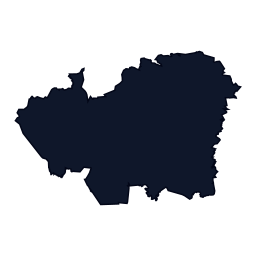 outline of Chilpancingo de los Bravo, Guerrero, Mexico
{"feature_id": "50627088B70849430665629", "entity_name": "Chilpancingo de los Bravo", "entity_type": "district", "adm_level": 2, "iso_a3": "MEX", "parent_name": "Mexico", "parent_adm1": "Guerrero", "projection": "mercator", "projection_center": [-99.694, 17.392], "detail": "fine", "context": "isolated", "style": "filled", "palette": "ink", "viewbox_px": 256, "rotation_deg": 0, "n_neighbors": 0, "source": "geoboundaries", "source_scale": "gbopen_adm2", "svg_char_len": 5736}
<svg xmlns="http://www.w3.org/2000/svg" viewBox="0 0 256 256"><path d="M214.0,57.9L203.7,54.9L202.3,52.5L199.4,51.5L196.8,52.3L196.5,52.0L195.9,52.4L196.0,52.6L195.2,52.8L185.5,54.5L177.4,53.5L180.0,54.7L180.0,55.8L178.6,55.4L177.6,53.8L177.1,53.6L173.4,54.5L171.9,53.6L170.9,53.8L170.6,54.6L171.8,56.1L171.5,56.4L170.7,56.6L168.1,55.6L163.3,56.0L161.1,54.8L158.4,55.5L155.3,59.5L156.4,59.6L156.5,59.8L157.1,59.9L157.6,62.0L161.3,64.3L161.6,66.0L160.4,65.5L159.0,65.5L157.6,64.5L156.5,64.5L154.7,63.2L151.8,63.0L151.1,62.2L151.1,60.7L150.7,60.6L150.5,59.9L149.5,60.0L145.0,58.8L144.2,58.1L141.1,58.6L140.6,60.1L141.0,62.4L140.2,64.6L140.3,65.6L140.8,66.4L139.8,66.8L139.6,67.6L139.1,68.3L139.1,69.2L139.4,70.0L136.3,68.9L134.6,67.8L131.7,67.0L131.0,67.6L130.3,67.4L129.8,67.6L129.8,68.6L128.7,69.1L126.3,68.8L126.1,69.1L125.5,69.0L125.2,69.5L123.7,70.3L121.8,74.6L122.3,77.6L122.4,81.1L119.9,83.5L115.5,86.3L114.8,90.3L104.3,94.6L105.7,96.6L97.9,97.2L97.9,97.9L97.5,98.3L93.4,98.2L93.4,98.9L92.5,99.2L90.5,96.5L87.9,101.5L86.8,94.6L86.0,92.6L84.9,91.0L81.1,87.3L83.6,79.8L82.1,71.9L83.7,70.4L83.9,68.5L82.0,69.3L79.8,73.0L76.8,74.0L69.6,74.1L70.0,74.7L69.8,75.3L69.0,75.5L68.6,76.3L69.8,77.2L70.5,77.1L70.7,77.3L70.3,77.9L70.9,78.2L71.0,78.6L71.6,78.7L72.4,79.4L72.2,79.9L72.5,80.6L71.9,80.8L73.5,82.9L73.4,83.9L73.0,83.5L72.9,84.9L72.3,85.3L72.1,87.5L71.9,87.5L72.0,86.9L71.9,86.8L71.8,88.7L70.7,88.4L68.3,88.3L67.3,89.2L64.6,90.1L63.0,89.2L62.9,88.7L62.6,88.6L61.4,89.2L59.5,89.2L59.1,90.0L58.3,89.2L56.9,89.3L56.4,88.1L54.4,88.0L52.8,88.8L51.7,89.7L47.4,97.7L46.4,97.6L45.7,97.0L45.3,97.0L43.6,98.8L39.9,97.8L37.5,96.8L37.0,97.1L36.3,97.1L35.5,98.4L33.2,97.8L32.4,96.5L32.0,96.4L30.9,97.6L30.7,98.5L30.1,98.7L29.8,99.2L29.2,99.2L27.8,106.2L27.6,106.2L26.8,107.4L25.1,108.5L24.3,109.4L18.9,109.4L17.2,112.8L19.2,115.6L19.3,116.6L18.5,117.4L17.4,117.8L15.4,120.7L19.7,124.1L23.2,133.4L41.3,156.5L42.7,157.9L46.3,159.0L47.8,160.9L48.5,161.4L48.8,167.9L49.4,168.3L49.3,169.4L49.7,169.6L49.8,170.4L49.6,170.6L50.0,171.0L49.8,171.2L50.2,171.7L50.8,172.2L50.7,172.6L51.1,173.3L50.8,174.0L51.1,174.5L51.9,173.8L53.2,173.3L53.5,173.5L53.7,173.1L54.0,173.4L54.0,174.2L54.5,173.7L55.1,174.1L55.5,174.0L56.0,174.2L56.2,174.9L57.4,175.2L57.5,175.6L58.2,175.3L58.7,176.1L58.9,175.8L59.5,176.2L59.9,176.1L60.2,176.5L60.7,176.6L61.0,177.2L61.6,176.9L61.9,177.3L62.4,176.6L62.2,176.1L62.5,176.0L62.1,175.1L63.3,175.0L63.4,174.5L63.8,174.4L65.0,172.8L65.3,171.6L65.4,168.0L66.4,169.0L65.8,168.0L66.2,168.0L66.9,168.9L67.6,168.5L68.6,169.0L69.5,168.6L71.0,169.2L71.1,171.2L71.7,171.7L73.9,171.1L74.0,171.4L80.0,171.8L83.8,167.2L89.9,167.9L90.6,167.7L91.2,168.2L89.5,173.0L87.6,176.4L85.8,179.2L84.6,179.4L87.4,185.2L87.6,185.2L89.1,187.4L89.8,189.0L90.2,189.0L90.8,190.3L90.5,190.8L90.7,191.1L91.2,191.5L91.5,190.8L100.7,204.5L118.6,203.9L118.5,202.6L127.0,203.4L127.5,202.1L128.9,188.2L128.8,186.2L128.0,186.1L127.6,185.7L128.7,185.1L128.6,183.4L129.2,184.0L130.0,185.8L138.5,185.0L139.2,185.6L140.0,185.6L140.2,185.1L140.4,185.4L141.3,185.4L141.1,185.5L141.8,186.4L142.8,185.8L142.9,185.0L144.9,184.5L146.3,184.9L148.5,187.7L148.3,188.2L147.2,188.7L145.9,188.3L145.1,188.8L145.7,189.7L148.3,191.5L148.4,192.1L146.7,192.3L146.3,192.9L147.9,195.1L148.1,196.3L149.3,196.6L149.9,196.4L150.3,195.8L151.1,195.4L151.7,196.2L151.6,199.2L152.7,199.2L154.7,198.2L155.6,198.9L155.7,200.3L156.0,200.6L156.5,200.3L157.2,198.9L156.1,196.8L156.2,195.6L157.1,194.9L157.5,195.1L157.7,196.2L158.4,195.7L158.6,194.0L158.2,193.3L158.6,192.0L159.9,192.1L160.4,190.9L165.6,187.2L167.0,187.9L168.2,190.5L182.2,194.5L184.7,195.7L189.7,199.1L191.4,198.2L191.9,197.7L192.1,196.6L191.8,195.2L193.3,194.6L192.9,193.7L194.4,193.1L194.7,193.3L194.4,192.8L194.7,192.4L196.3,191.8L196.5,192.3L197.7,191.8L198.3,192.0L198.7,191.6L199.7,192.1L200.5,193.2L200.3,194.4L200.0,194.7L200.6,195.2L200.4,196.3L201.1,196.8L201.8,196.4L202.4,197.1L203.0,196.7L203.4,197.0L204.0,196.2L205.7,196.0L206.3,195.4L208.2,195.4L209.3,194.8L210.9,195.0L213.2,194.8L214.2,193.8L214.7,190.9L213.3,183.4L212.9,183.3L213.4,183.0L212.9,180.8L212.8,177.7L215.8,177.3L215.2,176.3L214.2,175.9L216.4,172.7L217.6,171.7L215.7,169.9L215.4,167.4L214.6,166.6L212.1,167.9L211.9,167.2L212.7,167.2L212.8,167.0L212.1,166.8L212.8,166.3L213.7,166.2L213.8,165.8L213.4,165.6L213.7,165.3L213.4,165.1L213.8,164.8L213.3,164.4L213.4,164.2L214.3,164.1L214.9,163.4L214.5,163.1L214.0,163.3L214.0,162.7L214.5,162.1L214.9,162.7L215.7,161.8L215.0,161.5L215.4,161.3L215.0,160.9L215.0,159.7L213.7,159.3L213.5,159.5L212.8,159.1L212.9,158.1L212.1,157.5L213.0,157.0L211.9,156.7L214.3,153.3L214.1,153.2L214.6,152.8L214.5,152.0L213.7,151.6L214.2,151.2L214.5,150.1L215.0,150.2L214.9,149.2L215.4,148.9L211.5,147.5L214.3,144.1L217.2,143.6L220.1,139.9L219.4,138.8L215.9,136.5L216.4,134.4L218.1,134.3L218.3,133.5L218.0,132.7L218.2,132.2L221.0,131.3L220.6,130.4L222.5,128.6L221.0,126.4L221.1,126.0L220.9,125.7L221.7,125.0L221.2,124.2L221.5,123.8L221.6,122.9L222.0,122.9L221.9,122.1L222.3,121.4L223.1,121.0L223.3,120.5L224.5,120.1L221.3,119.9L220.6,120.1L220.5,119.9L221.0,119.6L221.5,118.9L222.8,118.5L223.8,118.8L221.6,114.9L226.5,112.6L226.6,112.2L226.3,111.7L226.4,111.3L225.7,111.0L223.7,109.0L226.9,109.4L228.0,109.3L227.0,108.8L224.7,106.2L226.9,105.5L225.4,97.7L227.2,97.8L228.3,97.6L229.3,97.9L233.5,97.5L236.2,98.0L235.9,97.0L234.8,96.2L234.7,95.8L233.7,95.5L234.1,93.0L234.4,92.9L234.6,93.4L234.7,92.2L236.1,90.5L236.9,91.2L240.6,86.9L237.7,86.1L236.4,84.1L235.5,83.4L234.9,84.2L233.3,85.0L231.3,81.1L231.2,79.2L229.8,76.0L223.4,75.2L222.3,74.5L222.4,73.5L224.4,72.6L222.9,71.4L223.1,70.2L224.4,68.7L220.0,61.9L219.4,61.3L216.7,61.6L214.6,62.3L213.6,61.7L213.9,60.6L214.0,57.9Z" fill="#0f172a" stroke="#020617" stroke-width="1.5"/></svg>